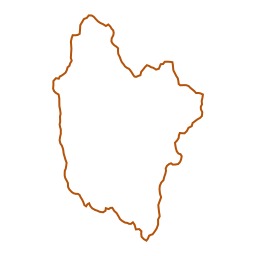 Passa Tempo, Minas Gerais, Brazil (Equal Earth projection)
{"feature_id": "56859067B23449152491676", "entity_name": "Passa Tempo", "entity_type": "district", "adm_level": 2, "iso_a3": "BRA", "parent_name": "Brazil", "parent_adm1": "Minas Gerais", "projection": "equal_earth", "projection_center": [-44.486, -20.65], "detail": "fine", "context": "isolated", "style": "outline", "palette": "amber", "viewbox_px": 256, "rotation_deg": 0, "n_neighbors": 0, "source": "geoboundaries", "source_scale": "gbopen_adm2", "svg_char_len": 2764}
<svg xmlns="http://www.w3.org/2000/svg" viewBox="0 0 256 256"><path d="M59.6,124.3L60.1,127.1L60.8,129.3L60.8,133.7L60.1,136.9L59.6,140.3L60.4,143.5L61.9,145.7L63.1,149.2L63.7,153.7L64.7,157.1L65.4,159.5L66.6,162.7L66.2,166.0L65.7,168.8L64.8,170.8L64.7,173.2L64.7,175.9L65.3,178.1L66.5,180.3L67.9,183.1L68.1,187.1L69.4,189.5L71.7,192.0L73.7,193.3L76.0,193.9L77.9,193.9L79.5,194.9L80.6,197.2L82.0,199.4L83.3,202.0L84.4,205.1L86.1,206.3L87.5,204.2L89.1,203.3L90.3,206.0L92.2,208.3L95.2,210.0L97.4,210.7L99.7,211.8L103.1,212.3L105.5,210.7L105.8,208.2L108.7,209.1L110.4,207.9L112.3,207.8L114.2,210.9L116.7,213.2L118.5,216.3L120.1,219.2L122.3,221.0L125.1,222.6L127.3,222.9L129.0,223.8L130.9,223.9L132.9,222.3L134.6,224.8L135.9,229.4L139.2,229.1L141.4,231.2L141.2,233.9L141.6,236.8L143.8,239.1L146.4,240.6L147.9,238.7L149.1,235.7L150.9,234.8L152.6,234.3L154.5,231.8L156.6,228.6L158.1,224.6L158.1,219.4L159.7,216.3L159.1,212.3L158.6,208.2L158.3,205.0L159.5,201.6L161.1,197.3L160.0,193.7L159.5,189.4L159.8,185.8L161.2,182.6L163.5,180.1L164.3,176.7L165.3,174.0L166.0,170.8L165.7,168.4L167.0,165.8L169.2,164.0L171.1,163.3L172.8,164.6L175.6,164.5L178.2,164.0L180.1,161.9L181.1,159.4L181.7,156.2L180.5,154.2L178.5,153.6L176.8,151.4L175.9,148.4L175.3,145.0L175.0,142.7L177.0,140.6L178.6,138.2L178.9,135.5L179.8,133.0L181.6,133.2L184.5,133.3L186.9,131.0L188.5,127.8L191.7,126.2L192.6,123.0L195.0,121.2L197.5,119.3L200.1,117.9L201.9,116.0L202.3,112.2L200.9,109.3L200.8,106.7L202.0,104.4L201.7,100.9L202.4,98.1L202.9,94.5L200.5,93.4L198.7,93.0L196.1,93.0L194.0,90.8L191.9,89.1L190.1,87.6L188.7,86.1L186.4,85.2L183.2,85.1L180.3,85.3L178.7,84.0L178.4,81.2L177.8,78.3L176.3,76.0L175.0,73.4L173.4,70.4L173.1,67.8L172.9,65.2L172.4,62.2L169.6,61.8L166.8,61.7L164.7,61.8L163.1,64.0L160.7,64.2L159.8,66.4L158.9,68.7L156.1,69.6L153.3,67.8L151.1,67.2L149.2,66.0L146.9,65.2L145.1,67.0L143.5,69.1L141.2,71.8L140.4,75.2L138.3,75.9L136.1,76.9L134.4,76.5L132.9,74.4L131.6,72.2L130.3,70.4L129.0,68.8L127.0,67.9L125.0,66.4L123.6,64.3L121.8,62.1L120.7,59.6L119.8,57.0L118.3,54.1L118.0,51.0L118.1,48.3L116.3,46.6L114.1,45.1L112.4,43.3L111.4,41.3L111.7,38.3L113.3,35.3L113.7,32.8L113.2,30.4L111.6,28.7L110.3,26.5L108.3,24.5L105.9,26.0L103.1,24.2L100.4,23.0L97.9,21.3L95.8,19.1L93.8,16.8L91.7,15.5L88.8,15.4L86.8,17.9L83.9,19.0L82.0,22.3L80.3,25.1L80.1,28.5L79.9,31.2L79.7,33.8L77.8,34.9L75.4,35.3L72.7,35.2L71.7,38.0L70.9,41.6L71.2,45.5L71.4,49.0L71.2,52.0L71.0,55.1L70.8,57.8L71.7,60.7L70.1,63.5L69.4,65.9L67.6,67.3L66.8,70.2L65.6,72.6L63.5,74.3L61.5,75.7L59.8,76.5L58.8,78.7L56.0,78.2L53.4,81.0L53.4,85.2L53.1,88.6L54.1,91.2L56.0,93.0L58.6,94.5L59.3,98.6L59.3,102.1L59.4,106.2L60.2,110.3L60.6,113.7L60.0,116.6L60.1,119.3L60.2,121.9L59.6,124.3Z" fill="none" stroke="#b45309" stroke-width="2"/></svg>